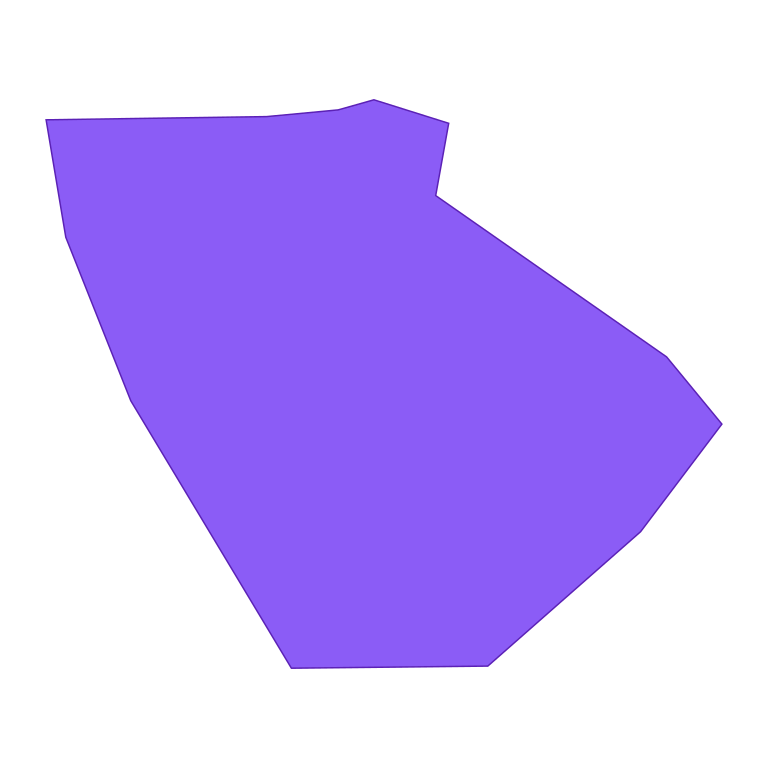 the border of Manila
{"feature_id": "PHL-5543", "entity_name": "Manila", "entity_type": "Highly Urbanized City", "adm_level": 1, "iso_a3": "PHL", "parent_name": "Philippines", "parent_adm1": "", "projection": "orthographic", "projection_center": [120.991, 14.594], "detail": "fine", "context": "isolated", "style": "filled", "palette": "violet", "viewbox_px": 768, "rotation_deg": 0, "n_neighbors": 0, "source": "natural_earth", "source_scale": "10m", "svg_char_len": 297}
<svg xmlns="http://www.w3.org/2000/svg" viewBox="0 0 768 768"><path d="M291.4,668.2L130.8,400.8L65.8,237.3L46.1,119.8L266.6,116.6L338.1,109.9L373.9,99.8L448.7,123.3L435.7,195.6L666.6,356.9L721.9,424.1L640.6,531.7L487.8,666.1L291.4,668.2Z" fill="#8b5cf6" stroke="#5b21b6" stroke-width="1.5"/></svg>